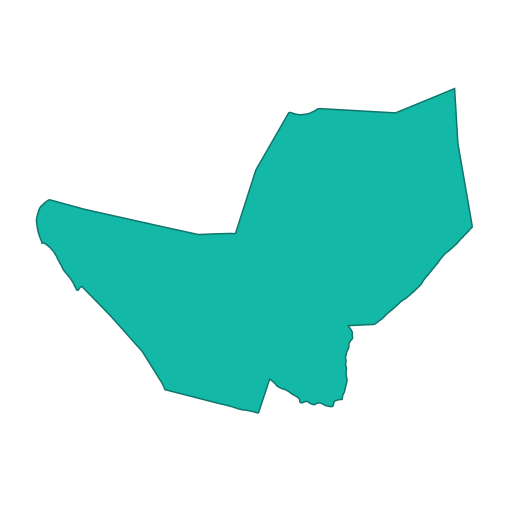 Homoine, Inhambane, Mozambique (orthographic projection), rotated 87°
{"feature_id": "85939544B9969435799517", "entity_name": "Homoine", "entity_type": "district", "adm_level": 2, "iso_a3": "MOZ", "parent_name": "Mozambique", "parent_adm1": "Inhambane", "projection": "orthographic", "projection_center": [35.094, -23.913], "detail": "fine", "context": "isolated", "style": "filled", "palette": "teal", "viewbox_px": 512, "rotation_deg": 87, "n_neighbors": 0, "source": "geoboundaries", "source_scale": "gbopen_adm2", "svg_char_len": 6054}
<svg xmlns="http://www.w3.org/2000/svg" viewBox="0 0 512 512"><g transform="rotate(87 256 256)"><path d="M120.4,109.2L112.2,184.0L112.2,185.2L112.3,186.2L112.7,187.4L114.0,189.4L114.2,189.9L115.0,191.6L115.7,193.7L116.3,194.9L116.5,195.4L116.5,195.9L116.7,197.1L116.8,198.0L117.0,198.6L117.1,201.4L117.3,202.9L117.3,204.7L116.6,208.2L115.9,210.7L115.5,211.2L115.2,212.3L114.9,212.8L114.6,213.8L114.4,214.8L114.5,215.3L114.8,215.9L170.0,251.6L232.6,275.4L232.1,281.1L231.7,298.6L231.6,312.3L221.2,350.2L200.4,424.7L189.0,459.2L189.7,461.0L191.0,463.1L191.7,464.0L192.6,464.9L192.7,465.3L193.1,465.7L193.7,466.3L194.0,466.6L194.2,467.1L194.7,467.5L195.4,468.4L196.0,468.7L196.2,469.1L196.8,469.4L198.8,470.5L200.2,470.9L201.9,471.6L202.3,471.8L202.7,471.8L203.6,472.2L204.0,472.2L204.4,472.4L206.0,472.8L207.0,473.1L207.5,473.1L207.9,473.3L208.9,473.3L209.5,473.4L210.4,473.4L212.2,473.3L212.6,473.1L214.3,473.1L214.7,473.0L216.1,472.9L216.6,472.8L217.6,472.8L218.0,472.6L218.6,472.6L219.0,472.4L219.5,472.4L220.0,472.3L220.5,472.3L220.9,472.1L221.5,472.1L222.0,471.9L222.4,471.7L222.9,471.7L223.9,471.4L224.4,471.4L226.3,470.6L226.8,470.6L227.4,470.4L228.3,470.0L230.5,469.3L231.1,469.2L231.6,469.0L232.0,469.0L231.9,468.8L231.9,467.7L232.1,466.8L233.0,465.4L233.5,465.0L233.8,464.5L234.0,464.0L234.5,463.7L234.8,463.2L235.2,463.0L235.7,462.2L236.3,461.9L236.8,461.1L237.6,460.6L238.0,460.4L238.7,459.8L238.9,459.4L240.5,458.3L240.9,458.0L241.9,457.3L243.2,456.8L245.3,455.5L245.8,455.3L246.3,455.0L247.3,454.6L247.7,454.6L248.2,454.3L250.0,453.6L250.9,453.0L252.9,452.3L253.5,451.8L254.3,451.4L258.6,449.5L259.1,449.3L259.6,449.0L260.2,448.8L260.6,448.4L262.4,447.3L262.7,446.9L263.6,446.3L264.1,445.8L264.6,445.6L265.1,445.1L265.7,444.9L266.2,444.3L267.2,443.6L267.7,443.4L268.0,443.0L268.6,442.7L269.0,442.5L269.4,442.1L269.9,441.9L270.8,441.3L271.3,441.1L272.4,440.3L273.4,440.0L273.9,439.6L276.3,438.8L277.1,438.3L278.0,437.9L279.1,437.5L279.6,437.2L280.5,436.9L280.7,436.5L280.8,436.0L280.8,435.5L280.5,435.0L279.4,434.3L278.5,433.6L277.2,431.6L307.8,404.7L345.4,374.6L378.0,356.5L379.5,355.9L381.8,354.9L382.8,354.6L383.2,354.4L384.7,353.9L400.8,302.6L400.8,302.2L401.9,299.2L401.9,298.7L402.5,296.8L402.5,296.3L403.1,295.0L403.1,294.4L403.4,293.4L404.0,291.9L404.3,290.9L405.0,289.0L405.0,288.5L405.8,286.3L406.1,285.7L406.6,284.3L407.2,283.3L407.3,282.5L408.0,280.8L408.0,280.4L408.4,279.6L408.4,279.1L408.8,278.2L408.8,277.6L409.1,276.5L409.1,275.9L409.3,275.0L409.3,274.5L409.5,274.0L409.8,272.5L409.9,272.0L410.1,271.6L410.1,271.1L411.0,268.4L411.0,267.9L411.5,266.5L411.5,266.1L412.1,264.9L412.3,264.1L412.8,262.7L412.7,262.1L412.7,261.7L379.7,248.8L379.9,248.6L382.3,245.6L383.8,244.2L385.3,243.0L387.0,241.8L388.6,239.3L390.2,236.3L390.3,235.3L392.0,232.0L393.1,230.5L393.9,229.2L394.9,228.3L395.8,227.3L396.9,225.3L397.5,224.6L397.8,223.9L398.1,223.4L399.3,221.8L400.0,221.1L400.7,220.5L401.8,220.0L403.8,219.9L404.6,219.4L405.0,218.3L404.9,217.4L404.5,215.8L404.1,215.0L403.8,213.4L404.2,211.9L406.0,209.7L406.8,208.1L407.2,207.1L407.5,205.9L407.4,204.8L406.9,203.9L406.4,203.2L406.0,201.5L406.1,201.0L406.1,199.8L406.4,198.7L406.8,198.0L408.0,196.0L408.8,194.8L409.3,193.6L409.7,192.1L410.3,189.7L410.4,188.8L410.2,187.5L409.4,186.7L408.5,186.4L407.4,186.2L406.1,185.9L405.0,184.9L404.4,183.4L404.0,181.6L403.7,179.1L403.7,177.5L402.4,177.3L401.9,177.0L400.5,176.9L399.2,176.5L397.9,175.6L395.5,174.5L391.1,173.4L389.1,172.7L388.8,172.6L388.6,172.6L387.4,172.1L385.2,171.6L383.7,171.6L380.2,172.2L376.7,172.1L373.0,171.5L371.6,171.7L370.4,172.1L369.2,172.2L367.9,172.1L366.4,171.7L364.7,171.6L362.4,171.9L361.4,171.9L359.1,171.0L357.0,170.6L355.9,170.2L355.1,169.6L353.4,168.7L351.8,168.0L351.0,167.9L349.7,168.0L348.2,167.6L346.8,166.9L345.4,165.8L343.6,164.0L342.2,163.8L340.2,164.0L339.3,163.8L336.7,163.9L336.1,164.3L334.8,164.8L334.3,165.2L333.8,165.4L332.4,166.4L331.1,167.1L330.4,167.6L330.5,141.8L330.3,141.4L330.2,140.9L329.7,140.0L329.4,139.5L329.0,139.1L328.8,138.7L328.5,138.3L328.3,137.9L327.6,136.9L327.2,136.5L327.0,136.1L326.7,135.7L326.5,135.3L325.3,133.5L324.6,132.8L324.4,132.3L324.0,132.0L323.8,131.6L323.0,130.9L322.8,130.5L322.4,130.3L322.1,129.8L321.6,129.5L321.4,129.0L321.0,128.7L320.7,128.2L319.9,127.4L319.8,127.0L319.0,126.2L318.4,125.1L317.3,123.8L317.1,123.4L316.7,123.2L316.6,122.8L315.9,121.9L315.5,121.3L315.0,121.0L314.8,120.5L313.6,119.1L313.4,118.7L313.0,118.4L312.8,117.9L312.4,117.5L311.3,116.3L311.1,115.9L310.1,115.0L309.8,114.5L309.0,113.6L308.6,113.0L308.1,112.0L307.7,111.5L307.5,111.0L307.3,110.6L306.3,109.0L305.8,108.0L305.4,107.6L305.0,107.1L304.7,106.8L304.3,106.2L303.9,105.8L303.2,104.6L302.7,104.1L301.6,102.6L300.7,101.6L300.2,100.7L299.8,100.5L298.9,99.2L298.4,98.8L298.0,98.3L297.5,97.9L297.3,97.5L296.8,97.1L296.6,96.6L296.2,96.4L295.9,95.8L295.0,94.9L294.8,94.5L294.3,94.2L294.0,93.7L293.5,93.3L293.1,92.8L290.7,91.0L290.1,90.7L289.6,90.5L289.2,90.1L288.2,89.3L287.8,88.9L287.0,88.3L286.2,87.6L285.9,87.4L285.7,87.0L285.3,86.8L284.9,86.4L284.5,85.9L284.1,85.5L283.7,85.3L283.5,84.9L282.7,84.1L282.3,84.0L281.2,82.8L280.8,82.6L280.6,82.2L280.1,82.0L280.0,81.7L279.6,81.4L279.0,80.9L278.6,80.7L278.3,80.2L277.9,79.8L277.5,79.6L276.6,78.7L276.3,78.3L275.9,78.1L275.6,77.7L275.1,77.4L273.8,76.1L273.4,75.9L273.3,75.5L272.7,75.2L272.4,74.8L271.9,74.6L271.7,74.2L270.5,73.4L269.6,72.8L269.2,72.2L268.5,71.7L268.1,71.5L267.7,71.1L266.3,69.7L265.7,69.3L265.5,68.9L265.1,68.6L264.6,68.1L264.2,67.7L262.7,65.8L262.3,65.2L261.4,64.1L261.3,63.7L259.8,61.8L259.4,61.4L259.1,60.8L258.5,60.1L257.1,58.4L256.8,58.0L256.5,57.6L256.1,57.0L255.1,56.2L254.6,55.2L254.2,55.1L253.5,54.2L251.7,52.5L251.3,52.0L250.9,51.7L250.5,51.3L250.1,50.9L249.1,49.9L248.8,49.3L248.4,49.0L248.0,48.5L247.6,48.3L247.4,47.9L247.0,47.7L245.6,46.1L245.2,45.7L245.0,45.3L244.5,45.0L244.2,44.4L243.5,43.7L243.2,43.5L241.9,42.1L241.4,41.8L241.1,41.4L240.7,41.0L240.3,40.8L240.0,40.2L239.6,40.0L239.4,39.6L238.5,38.6L235.7,38.7L154.1,48.5L99.2,48.9L120.4,109.2Z" fill="#14b8a6" stroke="#0f766e" stroke-width="1.5"/></g></svg>